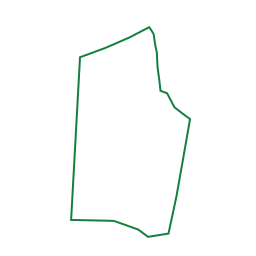 the district of Taba, Shamal Sina', Egypt, rotated 281°
{"feature_id": "37247803B8228928204650", "entity_name": "Taba", "entity_type": "district", "adm_level": 2, "iso_a3": "EGY", "parent_name": "Egypt", "parent_adm1": "Shamal Sina'", "projection": "albers", "projection_center": [34.855, 29.499], "detail": "fine", "context": "isolated", "style": "outline", "palette": "green", "viewbox_px": 256, "rotation_deg": 281, "n_neighbors": 0, "source": "geoboundaries", "source_scale": "gbopen_adm2", "svg_char_len": 514}
<svg xmlns="http://www.w3.org/2000/svg" viewBox="0 0 256 256"><g transform="rotate(281 128 128)"><path d="M26.9,89.7L32.5,122.1L34.1,131.8L30.3,157.3L25.0,168.5L32.1,187.9L69.9,188.6L106.6,188.0L148.6,187.2L152.0,180.0L157.2,169.6L163.8,164.4L169.6,159.7L170.7,152.8L181.6,149.4L193.0,145.5L207.9,141.8L214.3,139.0L225.2,135.2L228.3,132.3L228.6,132.0L228.7,131.9L229.1,131.5L230.1,130.5L231.0,129.5L217.5,112.6L216.1,110.6L202.3,90.5L188.3,67.4L26.9,89.7Z" fill="none" stroke="#15803d" stroke-width="2"/></g></svg>